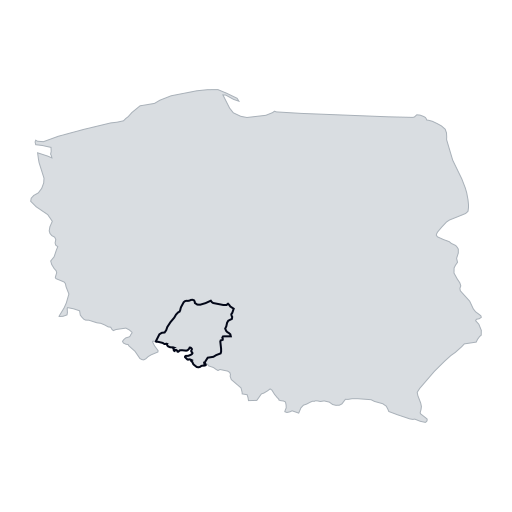 where Opole sits in Poland
{"feature_id": "POL-3167", "entity_name": "Opole", "entity_type": "Voivodeship", "adm_level": 1, "iso_a3": "POL", "parent_name": "Poland", "parent_adm1": "", "projection": "robinson", "projection_center": [17.773, 50.56], "detail": "fine", "context": "in_parent", "style": "outline", "palette": "ink", "viewbox_px": 512, "rotation_deg": 0, "n_neighbors": 0, "source": "natural_earth", "source_scale": "10m", "svg_char_len": 5694}
<svg xmlns="http://www.w3.org/2000/svg" viewBox="0 0 512 512"><path d="M457.2,278.9L459.8,282.8L460.8,285.9L459.9,288.3L460.3,290.8L469.7,301.2L473.3,308.9L475.6,311.8L480.8,315.7L481.3,317.3L479.3,318.7L476.4,319.3L475.6,320.7L478.8,324.2L481.3,330.3L481.2,335.2L479.6,336.5L477.5,339.4L476.2,342.1L464.3,343.9L461.6,346.8L455.3,352.4L450.9,355.5L444.5,361.3L434.4,371.3L419.7,388.4L417.2,392.3L417.8,395.5L420.7,403.1L421.4,406.5L421.0,409.6L420.2,412.4L420.4,413.7L427.0,418.9L427.2,420.0L426.7,421.4L425.4,422.4L420.3,421.3L414.7,419.1L412.8,419.4L409.8,418.9L397.3,414.7L388.8,411.5L387.9,409.3L386.3,406.2L382.7,403.7L374.4,401.4L371.1,399.7L357.8,398.7L352.0,398.7L348.0,399.4L345.4,399.3L341.9,403.9L339.4,405.2L335.8,405.3L332.6,404.5L329.3,402.1L324.1,400.9L320.4,401.5L317.6,400.9L315.3,400.8L314.4,401.3L312.5,401.2L309.8,402.4L306.8,404.0L303.4,405.2L300.9,407.9L298.7,413.1L292.1,410.8L290.0,411.8L286.9,412.5L284.8,411.7L285.3,410.0L286.2,407.9L286.1,405.1L285.5,402.0L283.5,401.0L280.5,400.6L278.9,400.0L278.7,399.0L277.2,397.6L274.5,394.3L271.9,390.1L270.1,388.9L267.6,390.8L263.8,393.1L261.4,393.9L256.8,400.4L248.5,400.6L248.0,397.6L247.1,394.7L242.2,393.9L242.1,392.2L241.0,387.9L231.3,379.6L230.1,376.1L230.5,374.7L229.8,372.5L227.7,371.1L220.0,369.5L218.0,370.5L216.2,369.5L213.4,367.5L208.6,365.9L208.1,365.0L206.3,363.6L205.3,363.5L204.7,364.3L203.3,365.5L198.3,367.1L196.3,366.4L194.5,365.1L192.5,362.2L189.5,359.7L187.0,358.8L185.6,357.5L185.3,356.5L190.8,354.4L192.0,352.3L191.3,348.4L190.4,347.9L188.3,349.3L183.7,350.4L179.5,350.9L177.3,350.9L165.4,343.9L157.6,341.7L153.0,341.1L152.5,341.8L154.5,345.8L158.1,350.7L157.9,352.0L151.2,354.8L148.3,356.5L145.8,358.8L143.7,359.9L141.9,359.6L139.9,358.5L135.0,351.3L128.8,345.8L128.1,344.5L126.1,344.3L123.4,343.0L122.5,341.3L123.9,339.5L125.8,337.9L129.2,336.9L130.2,336.0L130.8,334.6L132.1,332.8L131.8,332.1L129.4,330.0L125.9,328.1L116.0,329.5L113.3,330.6L111.8,329.2L110.7,327.2L108.2,326.9L104.8,325.0L100.8,323.3L96.9,322.8L88.8,320.2L85.6,320.1L83.8,319.2L81.9,317.2L80.3,315.1L79.6,310.8L73.6,308.8L67.6,307.6L67.2,308.2L67.4,312.6L67.0,314.9L63.0,316.3L59.1,316.5L59.3,315.8L64.1,307.9L66.3,303.0L68.9,294.0L66.1,286.9L65.4,283.6L64.1,282.0L55.9,278.6L55.3,277.4L56.7,272.7L56.1,270.7L54.2,268.6L51.7,264.5L50.7,261.0L54.1,256.8L56.5,249.7L57.8,246.7L55.7,245.1L55.1,242.9L55.8,239.6L54.7,237.2L51.8,235.6L50.0,233.5L49.2,230.9L49.9,226.8L52.3,221.3L47.7,214.6L36.2,206.8L30.7,201.3L31.2,198.2L33.8,195.4L38.3,192.9L41.7,188.4L43.7,183.0L44.0,178.2L39.1,162.7L38.4,158.8L37.6,152.8L47.7,156.1L51.9,157.9L51.4,155.8L50.6,154.1L51.2,151.4L51.0,147.4L41.8,145.4L35.7,144.7L35.1,142.0L35.7,140.2L37.4,141.2L43.4,141.7L58.2,136.3L83.7,129.4L110.8,122.9L117.1,122.2L123.5,120.8L125.9,118.4L128.2,116.7L131.9,112.5L140.1,105.8L154.5,103.4L159.9,100.2L171.1,95.8L196.7,90.8L207.4,89.7L217.9,89.6L227.2,93.5L237.1,98.3L238.9,101.2L233.6,99.4L225.8,95.1L222.9,94.9L229.6,108.1L233.3,112.8L240.7,116.3L246.9,117.5L265.9,115.3L272.6,112.6L274.5,111.2L276.3,111.9L301.2,113.4L387.9,116.8L412.9,117.4L414.4,117.0L416.8,114.8L420.0,115.1L423.7,116.5L425.4,117.5L426.2,118.7L426.7,120.0L428.7,120.3L432.4,121.3L437.4,123.7L441.4,125.9L445.2,129.2L446.5,132.9L446.7,137.0L446.6,139.7L452.7,160.2L461.8,178.9L465.3,188.0L466.7,192.8L468.0,199.8L468.5,204.7L468.5,207.5L468.0,211.3L465.6,213.5L449.5,220.0L446.5,222.0L441.8,227.0L437.5,232.1L436.6,233.9L436.3,235.1L437.4,236.8L443.3,239.5L449.3,241.7L451.3,243.4L455.7,245.5L457.3,247.4L458.3,249.1L458.3,253.0L456.6,258.3L457.5,262.3L455.6,265.0L454.1,267.9L454.0,273.1L457.2,278.9Z" fill="#d9dde1" stroke="#a8b0b8" stroke-width="1"/><path d="M156.6,341.8L155.9,341.5L156.1,340.8L159.4,334.3L161.8,332.8L164.6,332.5L166.2,330.2L167.3,327.0L170.5,322.1L174.3,317.6L176.0,314.6L178.1,312.4L179.6,311.6L180.3,309.9L180.6,308.4L181.1,307.0L183.7,302.2L184.9,301.2L186.4,300.8L187.9,300.9L189.5,300.6L191.0,299.9L192.6,299.8L194.1,300.4L194.7,301.6L194.9,303.0L197.3,304.6L200.2,304.7L205.6,303.1L210.8,300.7L211.8,302.1L213.1,303.0L223.3,305.0L226.5,305.0L227.1,304.6L227.5,304.0L228.0,303.7L229.2,304.9L230.3,306.5L233.7,308.7L232.2,313.1L231.6,313.6L231.3,314.5L231.6,315.8L232.2,316.9L231.9,318.9L228.3,320.7L227.1,322.7L226.3,326.3L225.2,328.6L226.1,330.8L227.3,332.1L228.8,333.0L230.3,334.3L230.8,336.3L224.2,336.3L222.9,336.5L222.3,337.8L222.8,338.8L222.7,339.8L221.7,340.2L220.7,340.4L220.3,341.5L221.1,348.9L221.1,351.8L220.6,353.4L216.2,355.1L213.4,356.8L207.7,357.7L205.0,362.0L204.9,362.9L204.2,362.8L204.4,364.1L204.6,364.2L205.0,364.1L205.4,364.1L205.7,364.5L205.8,365.0L205.5,365.3L204.0,365.7L202.2,365.7L201.4,365.9L200.0,366.9L198.4,367.3L196.7,367.0L193.7,364.6L193.2,364.0L192.9,363.3L192.6,362.6L192.3,362.0L191.8,361.5L191.4,361.2L191.2,360.9L191.4,360.5L191.8,360.2L191.2,359.9L189.9,359.4L189.3,359.3L188.8,359.4L188.4,359.6L188.0,359.7L187.3,359.4L185.0,357.1L185.0,356.7L185.3,356.2L185.8,355.9L188.0,355.9L189.2,355.5L191.2,354.6L192.1,353.9L192.5,353.1L191.8,352.0L191.3,351.6L191.2,351.0L191.3,350.5L191.8,349.5L191.9,349.3L191.9,349.1L191.8,348.8L191.0,347.9L190.7,347.7L189.9,347.5L189.6,347.6L189.5,348.0L189.3,348.5L187.9,350.0L187.1,350.5L186.1,350.7L182.0,350.2L179.8,350.3L178.5,351.6L178.2,351.7L178.0,351.8L177.8,351.7L177.5,351.6L177.1,350.6L176.1,349.9L175.1,350.0L174.6,351.0L174.0,350.7L173.7,350.1L173.6,349.3L173.6,348.6L173.4,348.5L173.3,348.3L173.1,348.1L173.0,347.9L173.8,347.6L172.9,347.3L170.7,347.3L169.6,347.1L168.0,346.3L167.6,345.9L167.3,345.4L167.0,344.7L166.9,344.0L167.0,343.9L166.5,343.7L165.1,344.0L164.4,344.0L163.9,343.7L162.8,343.0L162.3,342.8L157.6,341.7L156.6,341.8Z" fill="none" stroke="#020617" stroke-width="2"/></svg>